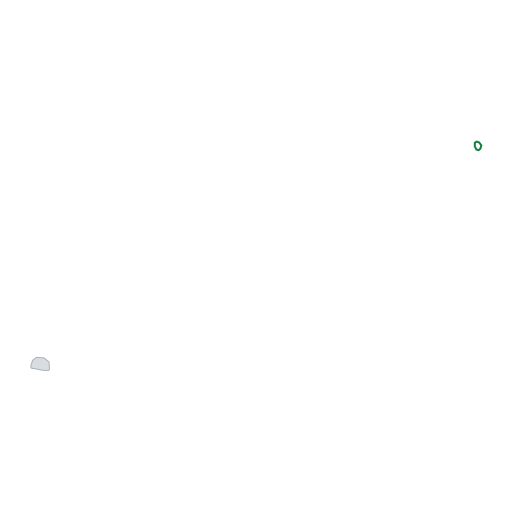 where Mauke sits in Cook Islands
{"feature_id": "COK-4955", "entity_name": "Mauke", "entity_type": "state/province", "adm_level": 1, "iso_a3": "COK", "parent_name": "Cook Islands", "parent_adm1": "", "projection": "robinson", "projection_center": [-157.33, -20.158], "detail": "fine", "context": "in_parent", "style": "outline", "palette": "green", "viewbox_px": 512, "rotation_deg": 0, "n_neighbors": 0, "source": "natural_earth", "source_scale": "10m", "svg_char_len": 418}
<svg xmlns="http://www.w3.org/2000/svg" viewBox="0 0 512 512"><path d="M48.9,370.4L43.2,370.4L36.0,368.9L31.2,368.1L30.7,366.2L32.6,360.3L36.4,357.4L43.9,357.9L49.0,361.9L49.5,368.6L48.9,370.4Z" fill="#d9dde1" stroke="#a8b0b8" stroke-width="1"/><path d="M481.3,145.3L480.4,148.7L478.5,150.2L476.4,149.5L474.8,146.4L474.8,142.8L476.7,141.6L479.2,142.5L481.3,145.3Z" fill="none" stroke="#15803d" stroke-width="2"/></svg>